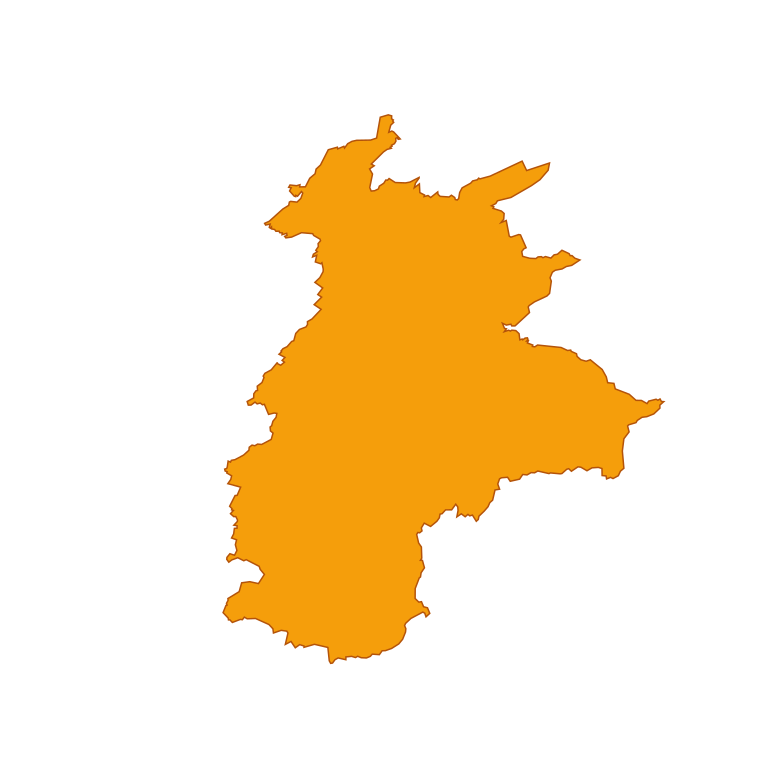 the district of Zacatlán, Puebla, Mexico, rotated 59°
{"feature_id": "50627088B88871832533986", "entity_name": "Zacatlán", "entity_type": "district", "adm_level": 2, "iso_a3": "MEX", "parent_name": "Mexico", "parent_adm1": "Puebla", "projection": "equal_earth", "projection_center": [-98.008, 19.961], "detail": "fine", "context": "isolated", "style": "filled", "palette": "amber", "viewbox_px": 768, "rotation_deg": 59, "n_neighbors": 0, "source": "geoboundaries", "source_scale": "gbopen_adm2", "svg_char_len": 6158}
<svg xmlns="http://www.w3.org/2000/svg" viewBox="0 0 768 768"><g transform="rotate(59 384 384)"><path d="M165.0,362.1L166.3,364.4L168.0,362.5L169.9,365.5L176.8,364.2L177.9,363.2L176.9,362.4L178.5,361.4L176.5,355.6L178.5,355.3L182.1,359.7L183.3,364.9L179.4,369.9L179.3,371.4L181.8,373.7L181.9,380.6L185.4,398.5L184.8,403.6L186.8,403.6L188.3,399.2L190.7,401.7L192.0,401.1L191.5,399.6L193.2,400.5L195.2,398.2L197.4,398.0L199.0,395.2L200.5,395.5L202.1,393.4L203.5,394.5L204.7,389.8L206.7,390.6L206.3,393.1L208.2,392.9L210.5,387.5L211.8,376.8L218.4,367.7L220.4,367.8L226.9,364.2L228.5,364.6L229.7,368.2L232.4,369.5L234.3,373.6L236.2,373.0L236.4,377.7L238.3,379.8L239.0,375.4L244.0,380.0L248.4,376.3L248.1,374.8L254.2,376.9L256.3,378.3L259.8,384.2L261.3,390.9L270.1,387.1L273.2,394.7L277.4,392.7L280.0,403.0L287.6,399.4L291.2,412.3L291.1,417.5L293.6,418.9L294.9,421.5L293.7,428.4L295.2,433.6L300.4,439.0L300.0,441.3L302.1,447.8L301.7,452.4L302.7,455.3L303.7,455.3L304.4,458.7L310.2,455.2L311.3,459.2L314.0,458.1L314.7,462.9L311.4,465.0L310.6,464.2L313.8,473.4L313.5,480.6L315.0,483.5L316.6,483.5L319.9,487.8L320.6,493.8L324.4,495.7L323.9,497.3L325.3,500.6L328.8,502.9L328.5,510.3L332.2,511.2L333.6,508.8L333.1,503.9L335.7,503.0L336.6,499.9L339.2,498.9L339.8,497.0L350.6,498.6L352.3,493.1L354.0,491.0L357.0,493.7L358.7,498.4L361.9,501.8L362.2,503.8L365.7,505.5L368.9,504.4L373.4,509.2L372.8,520.0L370.4,523.3L370.4,526.5L368.4,528.6L368.8,532.1L371.2,533.9L372.6,541.0L372.1,550.7L370.8,554.2L371.9,555.8L369.8,557.3L374.5,561.2L375.4,562.4L374.9,564.4L376.8,565.0L378.4,563.6L379.3,564.6L384.2,561.9L386.9,564.5L389.0,569.2L398.6,560.0L403.8,567.2L402.9,569.1L409.3,579.3L412.5,578.5L413.4,579.5L414.8,578.2L416.1,582.4L420.3,581.1L421.3,579.3L425.1,579.6L426.3,580.5L427.7,585.4L429.8,582.9L431.9,584.2L430.7,586.6L435.1,590.1L437.5,594.0L441.6,590.6L445.2,594.2L450.9,595.8L453.8,600.3L450.1,603.5L451.7,607.9L453.3,609.1L456.8,608.8L456.4,605.1L457.6,598.8L463.3,595.2L463.6,592.6L476.0,584.9L479.2,585.6L485.6,584.6L490.4,594.4L484.3,600.9L481.1,608.4L487.4,615.1L487.5,628.3L489.1,629.0L490.9,632.0L492.7,632.4L492.4,633.5L497.1,639.7L504.4,638.1L506.1,638.8L506.7,637.6L510.3,636.8L511.8,628.4L513.1,626.8L511.9,623.8L514.8,622.2L518.8,614.9L530.9,606.5L536.6,605.3L540.5,607.0L542.2,599.0L545.8,594.6L548.0,594.6L556.4,602.7L556.8,596.3L564.4,595.9L564.0,590.5L567.4,587.5L568.5,588.2L571.3,577.7L580.9,567.8L593.1,573.5L596.0,573.6L596.7,571.8L595.1,568.1L595.2,564.4L600.7,558.7L598.3,557.2L600.8,552.0L603.8,549.3L603.8,546.8L606.9,544.5L609.8,540.1L610.4,536.0L609.5,533.2L613.6,527.4L611.7,523.0L613.3,520.1L614.6,513.7L614.4,505.2L612.4,499.5L607.7,493.3L605.0,491.3L601.7,490.8L600.3,488.8L598.8,481.7L599.5,468.2L601.4,467.1L605.2,467.9L604.2,462.9L598.2,462.0L595.3,464.8L589.9,464.0L588.9,466.5L583.9,467.8L575.4,462.6L568.4,453.7L568.2,452.1L564.9,449.4L562.4,444.0L555.0,441.9L553.9,443.6L552.7,441.3L543.0,435.9L538.1,436.2L529.8,433.5L528.7,431.5L529.9,430.1L529.5,427.1L526.6,426.1L524.0,421.2L530.1,417.4L528.9,409.4L527.2,405.5L524.4,403.0L525.1,401.0L523.6,396.1L526.7,390.8L524.0,384.4L527.4,384.1L530.6,385.7L535.4,390.0L535.1,384.6L539.6,382.8L539.0,379.2L541.2,378.4L541.9,375.7L549.2,375.6L548.7,373.0L546.2,370.7L544.6,363.7L542.8,358.1L540.2,354.4L539.5,350.7L532.0,343.4L533.7,339.1L528.3,338.0L524.8,333.8L524.9,331.6L527.6,326.1L532.4,325.9L535.4,316.8L533.0,311.7L535.6,308.2L535.7,303.6L537.7,300.6L537.8,297.0L545.8,288.7L545.9,287.2L551.7,279.3L552.4,277.6L551.2,271.3L551.7,269.3L555.3,268.3L554.9,260.4L556.7,258.1L562.9,254.7L563.0,248.9L565.9,243.2L568.7,240.7L574.8,244.2L577.2,241.0L580.0,242.1L580.7,237.9L583.0,236.4L583.3,230.4L580.5,226.2L579.8,221.8L564.2,214.2L554.5,206.6L551.3,198.6L545.4,196.8L545.0,195.3L546.9,187.9L545.7,185.7L545.4,180.0L547.4,175.5L548.6,168.1L546.8,159.9L544.2,158.5L543.2,153.3L541.8,155.2L539.0,155.1L539.0,157.6L537.2,158.6L535.0,165.9L536.3,168.6L530.7,171.8L527.8,176.4L519.1,179.1L507.3,188.3L501.9,186.6L498.1,191.6L492.4,189.8L484.0,189.5L469.5,194.7L468.6,199.0L464.6,202.8L459.8,204.3L457.2,203.4L452.5,206.7L451.1,206.5L449.8,209.4L443.9,213.4L429.7,232.3L429.8,235.6L428.2,237.5L427.2,236.4L422.7,240.0L421.3,238.1L420.7,239.6L419.9,237.6L418.3,237.3L417.3,239.4L417.6,242.3L416.6,242.4L416.1,244.8L410.4,242.3L406.1,243.5L403.7,246.7L403.7,248.4L402.1,249.5L401.1,253.9L399.7,250.7L398.4,252.1L392.9,251.2L396.5,248.8L398.1,244.4L400.0,244.6L401.7,241.7L397.7,222.5L392.2,220.7L391.5,219.1L391.1,212.7L392.5,199.0L391.6,195.4L382.0,187.6L378.5,187.0L374.9,182.1L374.7,178.6L377.1,172.1L377.2,167.2L379.0,162.0L378.6,152.2L374.5,155.6L370.8,156.7L369.9,158.3L367.6,158.2L361.0,162.6L362.1,168.5L360.9,171.7L362.0,176.1L357.9,180.0L357.6,182.7L355.9,183.5L354.4,186.5L354.7,189.2L351.3,194.3L346.0,199.4L341.4,197.7L340.2,194.6L340.4,192.0L326.5,190.2L325.3,191.5L323.5,199.6L321.8,200.5L306.8,195.0L305.9,200.5L304.4,196.5L299.7,193.2L296.2,194.3L289.6,200.1L288.7,198.6L286.6,200.1L286.9,195.2L285.4,192.4L289.5,179.1L289.9,155.4L289.2,145.1L285.3,133.2L279.8,128.3L274.5,151.8L264.1,150.8L260.5,185.9L257.6,196.1L256.3,196.8L257.0,198.8L255.6,203.4L256.5,206.3L256.1,216.0L258.8,220.5L263.5,224.5L264.0,226.5L262.6,227.9L260.6,227.3L256.9,229.0L257.2,231.9L252.1,239.2L249.3,240.0L247.0,239.0L248.2,247.9L245.1,249.2L244.0,253.1L242.9,251.9L238.4,254.7L230.7,250.6L231.4,257.0L228.0,253.5L225.6,247.9L225.0,247.5L224.3,257.7L222.7,262.0L217.1,270.6L210.5,273.8L211.1,276.0L210.1,277.4L211.8,280.8L212.0,286.1L213.9,288.3L213.5,292.5L212.0,295.6L208.3,295.1L198.1,285.7L192.2,285.6L191.9,280.0L188.9,281.6L184.8,264.9L184.5,260.5L185.7,256.4L184.3,256.8L184.3,254.6L183.2,254.6L183.4,251.3L182.0,248.7L179.5,247.5L179.6,245.8L181.6,245.8L182.3,243.9L172.9,245.9L171.2,247.0L170.7,250.3L165.6,244.9L164.7,240.9L163.0,241.1L162.5,240.0L160.6,240.9L158.1,239.3L155.5,241.7L153.4,249.8L169.4,263.7L168.0,269.9L161.0,282.0L159.5,286.5L159.3,291.3L161.4,296.3L159.6,296.0L158.6,302.6L157.0,302.0L154.5,311.1L163.6,325.7L164.8,331.5L168.3,334.8L169.4,341.7L174.5,349.8L171.6,354.8L169.9,353.4L169.0,356.8L165.0,362.1Z" fill="#f59e0b" stroke="#b45309" stroke-width="1.5"/></g></svg>